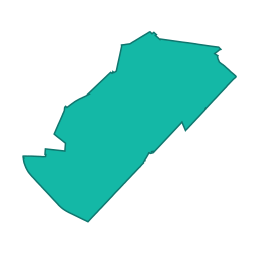 outline of Pekela, Groningen, Netherlands, rotated 8°
{"feature_id": "6326949B23781869832048", "entity_name": "Pekela", "entity_type": "district", "adm_level": 2, "iso_a3": "NLD", "parent_name": "Netherlands", "parent_adm1": "Groningen", "projection": "natural_earth1", "projection_center": [6.972, 53.067], "detail": "fine", "context": "isolated", "style": "filled", "palette": "teal", "viewbox_px": 256, "rotation_deg": 8, "n_neighbors": 0, "source": "geoboundaries", "source_scale": "gbopen_adm2", "svg_char_len": 5227}
<svg xmlns="http://www.w3.org/2000/svg" viewBox="0 0 256 256"><g transform="rotate(8 128 128)"><path d="M188.3,118.2L189.1,117.0L190.0,115.8L191.0,114.3L192.1,112.8L193.3,111.1L194.4,109.5L196.7,106.3L201.3,99.7L201.4,98.8L201.5,98.4L201.5,98.2L201.7,97.8L201.8,97.5L202.0,97.3L202.5,98.1L202.7,97.7L203.6,96.5L207.8,90.5L208.2,89.9L208.6,89.3L210.4,86.8L210.8,86.3L211.7,85.0L213.4,82.5L215.2,79.9L217.4,76.8L218.6,75.1L219.7,73.6L220.7,71.9L221.6,70.7L222.8,69.0L225.3,65.5L225.7,65.0L226.2,64.4L227.3,63.2L227.9,62.3L227.9,62.2L227.8,61.9L227.7,61.7L226.0,60.5L224.6,59.6L222.8,58.5L222.0,58.0L221.6,57.7L221.2,57.4L220.3,56.7L219.6,56.2L219.1,55.9L218.7,55.6L217.7,55.0L217.0,54.5L215.9,53.8L215.0,53.1L214.2,52.7L213.7,52.4L213.3,52.1L213.1,52.0L212.7,51.8L212.3,51.7L210.7,50.8L210.1,50.4L209.8,50.3L209.7,50.2L209.3,49.9L209.2,49.7L208.2,48.0L207.4,46.7L207.2,45.9L206.8,44.7L207.0,43.8L206.5,43.7L205.9,43.4L205.4,43.2L204.8,42.9L203.5,42.2L205.6,40.2L205.8,40.0L206.0,39.8L207.1,38.6L207.4,38.2L207.5,38.1L207.8,37.8L208.1,37.7L208.4,37.5L208.6,37.4L208.9,37.3L209.0,37.3L209.1,37.2L207.7,36.2L206.6,35.3L199.7,35.4L198.0,35.4L189.6,35.4L185.7,35.4L183.0,35.3L178.9,35.3L178.1,35.3L175.1,35.3L170.6,35.4L167.3,35.4L166.2,35.4L154.0,35.4L147.7,35.4L147.4,36.0L142.2,32.5L143.1,31.6L140.3,29.7L138.6,31.3L138.3,31.1L136.7,29.9L136.4,29.7L135.9,29.9L135.1,30.5L134.4,31.1L134.1,31.4L133.8,31.6L133.3,32.0L133.0,32.3L132.6,32.6L132.4,32.7L131.7,33.3L131.0,33.9L130.7,34.1L130.3,34.4L130.3,34.5L130.1,34.6L129.7,34.9L129.6,35.0L129.3,35.3L129.0,35.5L128.6,35.8L127.5,36.7L125.1,38.7L124.2,39.4L124.0,39.6L123.6,39.9L122.6,40.8L122.4,40.9L120.6,42.3L118.4,44.2L118.1,44.4L117.0,44.7L116.4,44.9L115.9,45.0L114.6,45.4L113.9,45.6L113.3,45.8L112.7,46.0L111.1,46.4L110.0,46.7L110.1,47.1L110.3,48.2L110.3,48.6L110.1,50.8L110.0,52.4L109.7,56.8L109.6,58.1L109.4,60.7L108.9,67.0L108.5,73.0L108.4,73.1L108.4,73.3L108.2,73.5L107.4,74.2L107.2,74.4L106.3,75.1L106.2,75.0L106.0,74.8L105.2,74.3L105.2,74.5L105.0,75.4L104.5,76.0L103.0,75.3L101.9,76.7L100.5,78.4L99.2,80.1L98.0,81.6L95.8,84.4L94.7,85.7L94.3,86.3L93.7,87.0L83.6,99.7L83.9,99.7L84.1,99.7L84.4,99.8L84.6,99.9L84.9,100.0L84.5,100.3L82.5,101.7L81.8,102.3L81.5,102.5L80.8,102.9L80.1,103.4L79.4,103.8L79.2,104.0L78.9,104.1L78.4,104.5L78.1,104.7L76.6,105.6L75.6,106.3L75.2,106.6L74.8,106.9L72.3,108.8L72.0,109.1L71.6,109.4L71.4,109.6L71.1,109.9L70.9,110.1L70.6,110.4L69.2,111.7L64.7,116.2L64.3,116.0L63.4,115.3L63.2,115.2L62.7,115.9L62.7,116.0L62.5,116.3L62.5,116.5L62.4,116.7L62.4,116.8L62.4,117.4L62.5,117.8L62.5,118.4L62.5,118.7L62.5,119.7L62.5,120.0L62.4,120.2L62.2,121.0L61.8,122.5L61.7,122.6L61.0,125.4L60.9,125.8L60.1,128.6L59.8,129.8L59.4,131.0L59.2,131.9L58.7,133.4L57.4,138.1L57.0,139.5L56.2,142.5L55.9,143.5L55.7,144.3L56.8,145.0L58.4,146.0L60.1,147.0L62.2,148.2L62.4,148.3L65.6,150.2L68.2,151.8L68.7,159.6L49.1,160.2L49.1,160.3L49.3,163.5L49.5,165.7L50.3,165.7L50.3,167.7L47.6,168.3L45.3,168.4L43.5,168.6L39.4,169.0L36.4,169.3L33.3,169.7L32.0,169.9L29.3,170.2L28.1,170.4L28.1,170.9L28.2,171.1L28.3,171.3L28.2,171.4L28.6,171.7L28.9,172.0L28.5,172.1L28.5,172.4L28.8,173.7L29.3,175.2L29.6,176.1L29.8,176.6L30.1,177.3L30.9,178.8L31.3,179.6L31.8,180.4L32.2,181.2L32.9,182.2L33.9,183.6L34.7,184.6L35.5,185.6L36.3,186.4L36.9,186.9L37.3,187.3L37.5,187.4L37.6,187.6L38.0,187.9L38.3,188.2L39.0,188.8L39.8,189.5L40.5,190.0L43.4,192.4L43.8,192.7L44.0,192.9L44.7,193.5L45.9,194.5L46.6,195.0L47.8,196.0L49.9,197.6L50.9,198.5L51.0,198.6L52.2,199.5L52.5,199.8L53.6,200.7L54.3,201.2L58.4,204.5L59.4,205.3L60.6,206.3L62.3,207.7L63.4,208.6L64.4,209.4L65.1,210.0L65.8,210.5L68.0,212.3L68.3,212.5L69.4,213.4L69.4,213.5L70.4,214.3L71.0,214.7L71.4,215.0L71.8,215.3L72.3,215.6L72.7,215.9L73.1,216.2L73.6,216.5L74.1,216.7L74.5,217.0L75.0,217.3L76.1,217.8L76.6,218.1L76.9,218.2L77.7,218.5L78.2,218.8L78.8,219.0L79.3,219.2L80.7,219.7L80.8,219.8L81.9,220.1L83.0,220.5L84.4,220.9L92.7,223.6L95.7,224.6L98.3,225.4L98.8,225.5L99.2,225.7L101.4,226.4L101.7,226.0L102.8,224.4L103.6,223.2L104.4,222.1L104.8,221.5L106.7,218.9L107.6,217.6L109.1,215.6L110.4,213.6L111.0,212.8L112.0,211.4L112.2,211.1L112.4,211.0L112.8,210.4L115.0,207.2L116.8,204.7L118.0,203.0L118.7,202.0L120.3,199.7L121.2,198.5L122.1,197.2L122.4,196.7L123.0,195.8L124.6,193.5L125.7,192.0L128.4,188.3L128.7,187.9L129.2,187.1L130.6,185.2L131.4,183.9L132.1,183.1L133.0,181.8L133.6,180.9L134.2,180.0L134.8,179.2L137.4,175.6L138.0,174.7L139.3,172.9L139.9,172.1L140.3,171.6L140.6,171.1L140.8,170.8L141.6,169.8L141.8,169.4L142.0,169.1L142.6,168.3L143.0,167.7L143.5,167.0L143.8,166.6L144.3,165.9L144.5,165.6L145.0,165.1L145.2,164.8L145.3,164.7L145.5,164.4L145.6,164.2L145.8,163.8L145.9,163.7L146.2,163.2L146.3,163.1L146.5,162.7L147.0,162.0L147.2,161.8L148.1,160.6L147.9,160.3L148.4,159.0L148.8,158.2L149.3,158.0L148.9,157.4L150.0,155.0L150.7,153.3L151.3,151.8L151.5,151.3L151.7,150.7L151.8,150.4L152.0,149.6L152.7,149.6L153.0,149.7L153.2,149.8L153.3,149.8L153.4,150.1L153.5,150.1L155.5,149.3L154.7,148.1L156.3,147.6L156.8,148.4L166.9,134.1L168.1,132.4L169.3,130.7L176.4,120.6L178.0,118.3L178.8,117.2L180.5,114.6L185.2,122.5L185.8,121.6L186.3,121.0L187.0,120.1L187.5,119.3L188.3,118.2Z" fill="#14b8a6" stroke="#0f766e" stroke-width="1.5"/></g></svg>